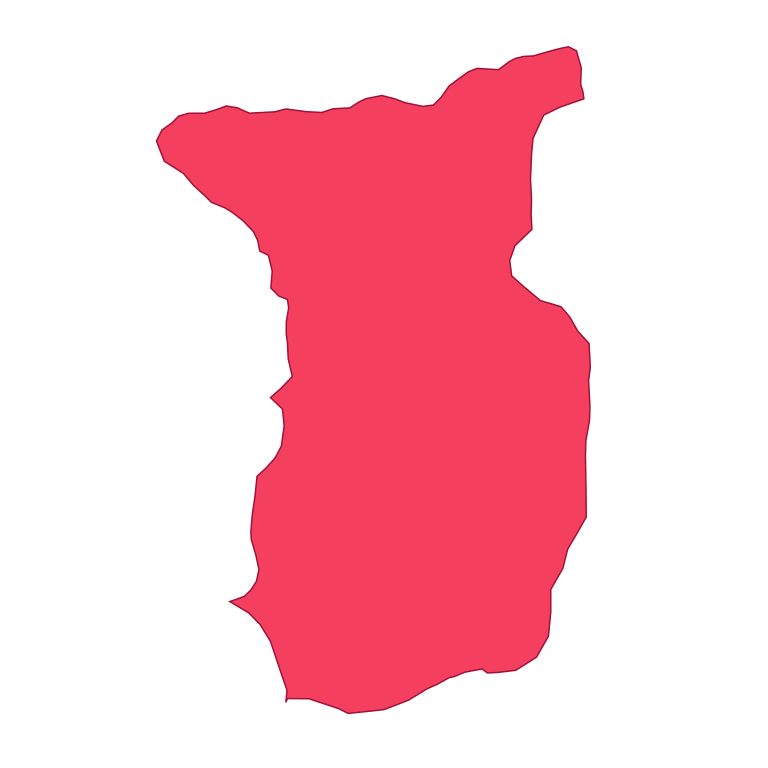 Askeia, Cyprus, rotated 357°
{"feature_id": "46923920B6105070977728", "entity_name": "Askeia", "entity_type": "district", "adm_level": 2, "iso_a3": "CYP", "parent_name": "Cyprus", "parent_adm1": "", "projection": "mercator", "projection_center": [33.61, 35.152], "detail": "fine", "context": "isolated", "style": "filled", "palette": "rose", "viewbox_px": 768, "rotation_deg": 357, "n_neighbors": 0, "source": "geoboundaries", "source_scale": "gbopen_adm2", "svg_char_len": 1819}
<svg xmlns="http://www.w3.org/2000/svg" viewBox="0 0 768 768"><g transform="rotate(357 384 384)"><path d="M269.3,696.8L271.1,693.1L292.7,694.4L322.3,706.1L330.9,711.1L366.9,709.2L391.0,701.3L392.0,701.0L410.7,690.8L421.8,686.5L433.9,680.6L438.7,679.9L449.7,676.0L466.9,673.7L472.2,678.0L472.9,678.0L482.7,678.0L500.6,676.8L522.0,664.8L535.0,644.5L538.6,620.6L539.8,597.9L552.9,577.6L558.8,558.5L568.3,544.2L579.0,527.5L580.2,500.0L581.4,466.6L582.6,451.1L587.4,430.8L588.5,416.4L588.5,391.3L590.9,378.2L590.9,354.3L580.2,341.2L573.1,326.9L564.8,316.1L544.6,308.9L527.9,293.4L517.2,282.7L516.0,267.2L522.0,252.8L539.8,237.3L539.8,221.8L541.0,207.4L541.0,187.1L543.4,162.1L545.7,146.5L557.6,123.8L574.3,116.7L598.5,109.7L598.0,102.8L596.1,95.0L597.5,78.4L593.6,61.3L585.8,56.9L579.5,57.8L571.7,59.3L561.0,61.7L550.3,64.2L540.6,64.2L532.3,65.7L525.5,68.9L514.8,76.1L493.4,73.7L484.5,76.7L473.8,83.6L464.7,89.7L456.3,100.4L448.0,108.0L437.3,108.8L419.8,104.2L409.2,99.6L397.0,95.8L381.0,98.1L373.4,101.2L364.3,106.5L347.5,106.5L336.1,109.6L320.9,108.0L300.4,104.2L289.0,106.5L273.7,106.5L263.8,106.5L251.7,100.4L241.0,98.1L231.1,101.2L219.0,104.2L203.0,103.4L193.1,105.7L186.2,111.9L175.6,118.7L169.5,129.4L176.3,150.1L194.6,163.1L204.5,176.1L215.1,186.8L221.2,193.6L234.2,199.7L241.0,204.3L251.7,213.5L261.6,225.0L265.4,234.1L266.9,244.8L275.3,249.4L278.3,265.5L276.0,282.3L283.6,290.7L292.0,294.5L292.8,302.9L289.7,316.7L289.0,328.9L289.7,337.3L289.7,354.1L292.8,371.7L280.6,383.2L269.9,391.6L281.3,403.8L282.1,420.6L278.3,440.5L271.5,452.0L261.6,461.9L252.4,469.5L249.4,488.7L245.6,507.8L243.3,524.6L243.3,532.2L247.1,548.3L249.4,562.8L246.3,574.3L240.3,582.7L233.4,588.8L218.6,593.2L237.1,605.6L247.9,618.0L257.2,635.1L264.9,663.0L271.1,684.8L269.3,696.8Z" fill="#f43f5e" stroke="#9f1239" stroke-width="1.5"/></g></svg>